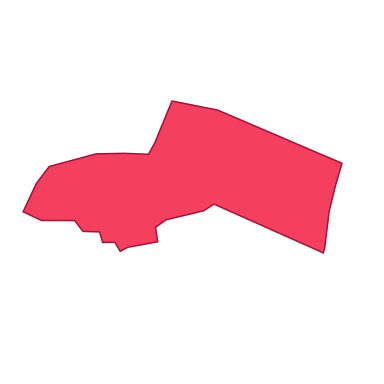 Bosso, Diffa, Niger (Mercator projection), rotated 25°
{"feature_id": "23599985B85188331861732", "entity_name": "Bosso", "entity_type": "district", "adm_level": 2, "iso_a3": "NER", "parent_name": "Niger", "parent_adm1": "Diffa", "projection": "mercator", "projection_center": [13.21, 13.719], "detail": "fine", "context": "isolated", "style": "filled", "palette": "rose", "viewbox_px": 384, "rotation_deg": 25, "n_neighbors": 0, "source": "geoboundaries", "source_scale": "gbopen_adm2", "svg_char_len": 512}
<svg xmlns="http://www.w3.org/2000/svg" viewBox="0 0 384 384"><g transform="rotate(25 192 192)"><path d="M135.4,118.0L137.5,163.3L136.6,176.2L114.0,185.7L88.9,198.0L51.8,229.2L47.3,250.2L47.3,281.3L67.7,281.4L97.7,267.5L109.9,273.8L125.0,267.2L132.4,275.5L143.3,270.2L152.0,276.1L157.2,269.2L182.0,251.6L173.9,239.4L180.3,228.1L190.6,219.9L210.6,204.0L217.0,193.7L336.7,191.7L335.8,186.1L324.5,151.6L319.4,125.8L315.8,102.6L180.7,106.9L135.4,118.0Z" fill="#f43f5e" stroke="#9f1239" stroke-width="1.5"/></g></svg>